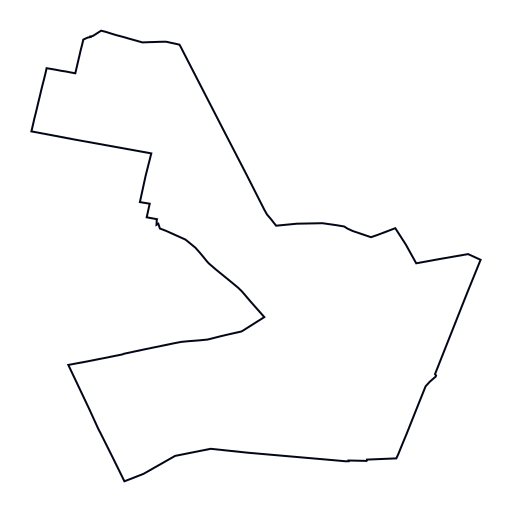 Curtici, Arad, Romania
{"feature_id": "2599482B1459479635859", "entity_name": "Curtici", "entity_type": "district", "adm_level": 2, "iso_a3": "ROU", "parent_name": "Romania", "parent_adm1": "Arad", "projection": "natural_earth1", "projection_center": [21.262, 46.352], "detail": "fine", "context": "isolated", "style": "outline", "palette": "ink", "viewbox_px": 512, "rotation_deg": 0, "n_neighbors": 0, "source": "geoboundaries", "source_scale": "gbopen_adm2", "svg_char_len": 1891}
<svg xmlns="http://www.w3.org/2000/svg" viewBox="0 0 512 512"><path d="M396.3,458.4L397.3,456.3L398.3,454.1L402.4,444.0L406.4,434.4L418.5,404.0L425.6,386.3L429.7,381.8L433.6,378.4L435.6,376.7L436.1,375.5L435.0,374.2L440.6,360.0L467.4,292.3L480.6,259.8L477.3,258.3L468.1,254.1L440.4,258.9L419.0,262.8L416.2,263.3L405.9,244.7L395.3,228.2L376.5,235.3L371.0,237.2L352.7,231.0L347.5,228.6L344.2,226.5L336.6,225.2L322.4,223.2L296.9,223.7L276.1,225.7L271.1,219.3L267.0,214.5L264.4,209.9L246.5,174.6L223.5,130.1L182.9,51.2L181.1,47.6L179.5,44.7L178.7,44.5L174.8,43.6L170.0,42.6L167.1,41.9L165.3,41.7L159.9,41.8L154.7,42.0L148.0,42.2L142.8,42.4L142.0,42.3L137.1,40.9L132.1,39.5L128.1,38.4L125.2,37.5L121.5,36.5L116.2,35.1L110.9,33.5L105.6,31.8L101.1,30.7L96.9,33.4L92.8,36.0L90.4,36.5L90.6,37.0L87.6,37.6L83.3,39.6L82.2,44.4L80.7,50.1L79.4,55.8L78.0,61.7L76.6,67.7L75.3,73.3L70.5,72.4L65.9,71.5L61.2,70.8L56.1,69.8L51.5,69.0L46.6,68.2L45.4,73.6L44.0,79.3L42.5,85.0L41.3,89.9L40.2,94.6L39.0,99.6L37.9,104.1L36.7,109.2L35.5,114.1L34.3,118.8L33.2,123.7L32.1,128.5L31.4,131.4L33.6,131.8L76.0,139.8L151.3,153.4L145.6,175.9L139.9,202.1L149.7,203.7L146.7,217.3L157.0,219.2L156.7,220.3L156.7,221.3L156.5,224.8L158.3,223.7L159.9,228.5L165.9,230.8L185.5,239.6L185.9,240.0L186.2,240.2L193.8,246.4L195.5,247.8L201.2,254.3L206.9,261.3L208.7,263.3L215.5,269.2L230.6,281.5L238.1,287.7L241.9,291.4L251.3,302.4L264.3,317.1L242.3,331.0L241.3,331.5L225.8,335.0L220.8,336.2L212.2,338.4L207.3,339.6L204.8,339.8L200.0,340.3L188.4,341.2L181.2,341.9L173.9,343.3L144.3,349.4L123.8,353.8L122.5,354.4L87.4,361.4L68.3,364.9L73.9,376.7L89.4,409.4L98.2,428.7L100.2,432.5L113.2,458.5L122.4,477.2L124.4,481.3L131.4,478.6L143.4,473.9L175.1,455.9L210.7,448.8L247.7,452.7L339.3,460.7L345.8,461.3L348.7,461.2L348.6,460.5L366.4,460.9L366.9,460.6L367.0,459.6L395.9,458.4L396.3,458.4Z" fill="none" stroke="#020617" stroke-width="2"/></svg>